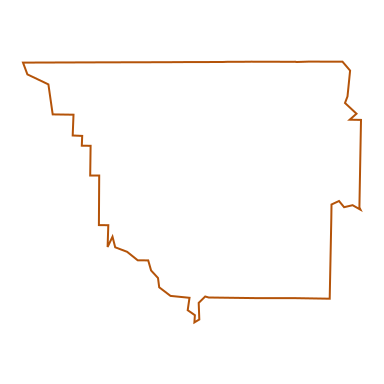 the district of Randolph, Arkansas, United States of America
{"feature_id": "52423323B52253353626941", "entity_name": "Randolph", "entity_type": "district", "adm_level": 2, "iso_a3": "USA", "parent_name": "United States of America", "parent_adm1": "Arkansas", "projection": "equal_earth", "projection_center": [-91.061, 36.307], "detail": "fine", "context": "isolated", "style": "outline", "palette": "amber", "viewbox_px": 384, "rotation_deg": 0, "n_neighbors": 0, "source": "geoboundaries", "source_scale": "gbopen_adm2", "svg_char_len": 871}
<svg xmlns="http://www.w3.org/2000/svg" viewBox="0 0 384 384"><path d="M167.0,62.2L120.4,62.3L119.7,62.3L115.3,62.3L24.2,62.6L23.0,62.6L27.4,74.4L48.4,84.4L52.7,114.4L73.5,114.7L72.7,135.5L82.2,135.9L81.8,145.7L90.6,145.8L90.2,175.5L99.2,175.5L98.9,225.1L108.3,225.2L107.6,247.0L112.5,236.7L115.2,247.3L127.1,251.8L137.7,260.3L148.2,260.4L151.1,270.5L158.0,278.0L159.2,287.3L170.5,295.9L189.5,297.8L187.7,310.2L194.9,315.2L194.4,322.4L199.3,319.5L198.7,302.9L205.2,296.5L208.7,297.5L254.4,298.1L292.4,298.1L329.7,298.7L331.3,219.0L331.5,204.5L339.0,201.0L344.1,207.2L352.6,205.2L360.5,209.7L359.4,207.4L361.0,119.9L349.7,119.7L356.5,113.7L345.0,103.0L347.5,96.4L350.1,70.6L342.5,61.7L308.7,61.6L296.7,62.0L295.2,61.8L295.1,61.7L293.9,61.8L252.1,61.7L250.9,61.7L241.5,61.8L227.5,61.8L222.7,62.0L182.7,62.1L167.0,62.2Z" fill="none" stroke="#b45309" stroke-width="2"/></svg>